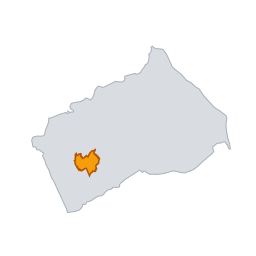 North Gonja, Northern, Ghana shown in context, rotated 246°
{"feature_id": "2480657B69696031481498", "entity_name": "North Gonja", "entity_type": "district", "adm_level": 2, "iso_a3": "GHA", "parent_name": "Ghana", "parent_adm1": "Northern", "projection": "mercator", "projection_center": [-1.377, 9.69], "detail": "fine", "context": "in_parent", "style": "filled", "palette": "amber", "viewbox_px": 256, "rotation_deg": 246, "n_neighbors": 0, "source": "geoboundaries", "source_scale": "gbopen_adm2", "svg_char_len": 6497}
<svg xmlns="http://www.w3.org/2000/svg" viewBox="0 0 256 256"><g transform="rotate(246 128 128)"><path d="M156.0,35.0L157.9,36.8L158.3,37.9L157.6,41.7L156.3,44.4L155.4,46.9L155.5,48.2L156.3,49.5L159.2,51.4L160.6,52.7L162.4,54.7L164.3,56.6L167.7,59.1L169.2,59.5L169.1,60.2L168.6,61.2L168.3,70.4L168.1,72.8L167.8,74.0L167.5,77.4L167.1,77.9L166.5,77.9L165.9,78.0L165.8,78.7L166.0,79.4L168.0,79.9L167.6,80.4L166.1,80.9L165.4,81.9L165.7,83.1L164.9,84.1L165.1,84.7L165.6,85.2L166.5,85.0L168.9,83.4L169.9,83.3L171.1,83.6L173.4,86.0L173.5,87.2L172.6,91.3L171.6,94.4L171.5,98.6L172.4,100.9L172.3,102.2L171.3,103.3L168.9,104.9L169.1,106.0L170.2,108.1L172.2,110.3L176.0,113.2L178.1,116.9L178.1,118.4L176.9,119.8L175.5,121.1L175.1,123.0L175.7,135.3L172.6,140.7L172.6,142.2L172.9,144.0L173.7,145.0L175.3,145.3L176.6,146.4L176.1,150.1L175.4,153.9L175.3,155.8L175.0,156.7L173.8,157.4L173.3,158.6L173.6,160.1L173.4,161.2L174.0,162.6L175.4,164.4L177.7,168.8L178.5,169.1L178.9,170.0L178.7,170.9L179.6,172.9L182.1,174.8L184.7,176.5L186.8,176.8L187.3,178.3L188.7,180.2L189.7,181.1L191.3,181.6L192.6,181.9L192.7,183.6L190.3,184.7L188.7,186.4L187.5,188.9L185.8,191.8L179.9,193.2L177.7,193.2L165.6,193.3L154.3,198.9L147.8,200.8L143.9,204.0L138.5,206.2L134.7,208.9L126.9,210.2L114.2,214.4L110.2,216.1L106.1,219.0L99.6,222.5L97.0,222.4L91.8,219.2L88.0,217.6L78.5,215.1L71.4,214.2L68.0,213.1L67.1,212.9L67.9,211.8L69.9,211.7L71.9,212.0L73.5,211.2L75.8,211.0L76.4,210.1L76.6,207.8L76.6,205.9L77.4,205.1L77.6,202.8L76.4,197.9L75.6,197.4L71.5,196.7L71.2,195.7L70.5,194.7L69.7,192.1L68.8,188.3L67.3,183.7L64.6,176.0L63.9,173.2L63.4,170.4L63.3,167.1L63.9,165.9L63.8,164.2L63.5,162.5L65.5,158.5L69.3,153.7L70.1,152.0L70.8,150.8L70.9,149.0L71.6,143.4L73.4,136.6L74.6,134.0L75.4,132.7L76.3,130.4L76.6,129.3L80.1,126.7L81.7,126.0L82.1,124.9L81.5,123.8L81.8,123.0L82.6,122.6L83.9,122.3L84.8,121.2L83.4,112.8L82.2,104.4L82.1,103.7L81.4,102.5L80.7,99.1L79.5,97.1L77.8,96.5L77.8,94.6L79.5,91.3L79.9,89.4L79.1,88.9L79.0,87.4L79.6,85.0L79.3,83.6L79.0,82.0L77.2,78.3L76.8,75.7L77.7,74.2L77.7,70.9L76.7,65.7L76.6,62.5L77.2,61.1L76.9,59.8L75.7,58.6L75.6,57.4L76.6,56.3L76.5,55.3L75.2,54.7L74.0,53.1L72.9,50.6L73.1,46.6L75.1,39.1L75.4,38.5L77.7,38.6L77.7,38.9L84.7,38.8L92.8,38.7L102.5,38.6L111.3,38.5L111.7,38.2L113.2,37.8L122.0,38.6L127.6,38.2L129.9,38.4L131.7,38.9L135.5,38.6L137.5,38.8L139.1,40.7L139.7,40.6L140.6,39.9L142.1,39.0L143.7,38.3L144.8,36.8L145.5,35.7L146.5,35.9L147.9,35.9L148.9,34.9L149.3,33.5L156.0,35.0Z" fill="#d9dde1" stroke="#a8b0b8" stroke-width="1"/><path d="M100.0,73.4L100.3,73.7L100.5,73.8L100.6,74.0L101.3,74.7L101.5,75.2L101.9,75.7L102.0,76.0L102.1,76.3L102.1,76.5L102.3,76.8L102.3,77.0L102.2,77.2L102.3,77.3L102.2,77.4L102.4,77.8L102.5,77.9L102.5,78.1L102.7,78.4L103.0,78.6L102.9,78.7L102.7,78.7L102.7,78.9L102.5,79.0L102.4,79.1L102.2,79.5L102.3,79.6L102.2,79.8L101.9,80.0L101.7,80.4L101.8,80.5L101.9,80.9L102.0,81.1L102.4,81.4L102.9,81.2L103.1,81.2L103.3,81.3L103.4,81.7L103.5,81.8L103.4,81.9L103.4,82.0L103.2,82.1L103.2,82.3L103.3,82.4L103.5,82.4L103.5,82.6L104.0,82.6L104.0,82.8L106.0,82.9L106.3,83.1L106.6,83.4L106.8,83.8L107.0,83.9L107.1,84.2L107.3,84.4L107.4,84.8L107.3,85.1L107.2,85.3L107.3,85.5L107.5,85.6L107.5,85.9L107.5,86.1L107.7,86.4L107.8,86.4L108.0,86.6L107.9,86.8L108.2,86.9L108.6,87.0L109.0,87.5L109.6,87.8L109.8,88.1L110.0,88.1L110.3,88.2L110.5,88.4L110.6,88.5L111.0,88.8L111.0,89.0L111.3,89.2L111.4,89.3L111.6,89.3L111.7,89.5L111.9,89.6L112.0,89.6L112.1,89.4L112.2,89.2L112.3,89.2L112.3,88.9L112.4,88.7L112.4,88.8L112.5,88.8L112.5,88.7L112.8,88.6L113.0,88.5L112.9,88.4L113.1,88.3L113.2,88.5L113.3,88.5L113.2,88.6L113.3,88.7L113.3,88.8L113.4,89.0L113.5,89.0L113.4,88.9L113.5,89.0L113.8,89.0L113.9,88.9L114.0,88.9L113.9,89.0L114.0,89.0L114.1,88.9L114.2,88.6L114.3,88.5L114.3,88.4L114.2,88.4L114.3,88.4L114.4,88.2L114.6,88.1L114.8,88.0L114.7,88.2L115.3,88.4L115.5,88.3L115.8,88.3L115.8,88.1L116.0,88.0L116.3,88.0L116.6,88.0L116.7,87.8L116.8,87.7L117.0,87.8L116.9,87.7L117.0,87.6L116.9,87.5L117.0,87.4L116.9,87.4L117.1,87.4L117.3,87.3L117.2,87.4L117.4,87.4L117.4,87.2L117.5,87.1L117.4,87.0L117.5,86.9L117.8,86.8L118.0,86.8L118.2,86.7L118.3,86.6L118.6,86.7L118.8,86.5L119.0,86.6L119.2,86.8L119.4,86.9L119.7,87.2L119.9,87.6L120.2,88.0L120.5,88.1L121.1,89.0L121.4,89.2L121.6,89.3L121.8,89.3L121.8,89.2L121.4,88.9L121.3,88.7L121.3,88.3L121.0,88.1L121.0,87.9L121.2,88.0L121.1,87.7L121.3,87.4L121.3,87.1L121.4,86.9L121.5,86.8L121.5,86.5L121.6,86.4L121.6,86.1L121.7,85.4L121.5,85.1L120.6,82.7L120.4,82.5L120.2,82.4L119.7,81.9L119.7,81.7L118.9,80.8L118.2,80.0L118.1,79.9L117.9,79.8L117.9,79.7L118.1,79.5L118.4,79.4L118.7,79.2L119.2,79.0L119.2,78.8L119.2,78.7L119.3,78.6L119.6,78.6L119.5,78.4L119.4,78.4L119.4,78.2L119.5,78.1L119.5,77.9L119.5,77.7L119.3,77.4L119.3,77.1L119.2,77.1L118.9,76.9L118.9,76.7L118.7,76.4L118.6,76.2L118.6,75.9L118.6,75.7L118.6,75.1L118.7,74.8L118.6,74.6L118.6,74.3L118.7,73.9L118.9,73.9L119.3,73.9L119.3,74.0L119.8,74.1L119.7,73.9L119.7,73.6L119.8,73.4L119.8,73.6L119.9,73.8L120.2,73.8L120.5,74.1L120.8,74.1L121.0,74.0L121.1,73.6L121.1,73.4L121.4,73.4L121.9,73.3L122.0,73.4L122.2,73.6L122.3,73.7L122.5,73.7L122.5,74.1L122.8,74.2L123.0,74.2L123.4,74.1L123.7,74.4L123.8,74.2L123.7,74.1L123.7,73.9L123.9,73.7L123.8,73.4L124.0,73.0L124.0,72.9L124.1,72.6L124.2,72.4L124.0,71.9L123.8,71.8L123.7,71.4L123.5,71.2L123.7,70.5L123.6,70.0L123.6,69.7L124.1,69.6L124.3,69.7L125.1,70.3L125.3,70.3L125.7,70.3L125.6,70.2L125.4,69.8L125.2,69.5L125.2,69.4L124.9,69.3L124.8,69.1L124.7,69.1L124.8,69.1L124.7,69.0L124.7,68.8L124.3,68.9L123.6,68.4L123.1,68.4L122.9,68.2L122.7,68.0L122.2,67.9L121.7,67.3L121.3,67.1L121.2,67.2L120.8,67.2L120.7,67.1L120.4,67.1L120.0,66.7L119.9,66.6L119.8,66.3L119.8,66.2L119.7,66.3L119.4,66.2L118.5,65.8L118.1,65.5L118.0,65.4L117.9,65.4L117.9,65.5L117.6,65.5L117.0,65.4L116.9,65.5L116.1,65.1L115.9,65.2L115.2,65.1L114.3,65.5L114.1,65.7L113.7,65.6L113.3,66.0L113.1,66.1L112.9,66.1L112.8,65.7L112.7,65.4L112.5,65.5L112.3,65.5L111.9,65.5L111.8,65.8L110.9,66.1L110.6,66.1L110.5,65.8L110.4,65.8L110.0,66.0L109.7,66.0L110.1,66.5L110.5,66.6L110.4,66.7L110.3,66.9L110.1,67.0L109.7,66.9L109.3,66.8L109.3,67.1L109.2,67.4L108.8,67.0L108.5,67.3L108.5,67.5L108.5,67.4L108.3,67.5L108.3,67.8L108.0,67.8L107.8,68.2L107.9,68.5L108.1,68.7L108.0,69.1L108.0,69.4L108.2,69.5L108.2,69.8L107.9,70.0L108.0,70.3L108.2,70.7L108.3,70.9L108.2,71.1L108.5,71.4L108.5,71.5L108.4,71.7L108.5,72.0L108.2,73.4L107.8,73.5L107.2,73.5L100.0,73.4Z" fill="#f59e0b" stroke="#b45309" stroke-width="1.5"/></g></svg>